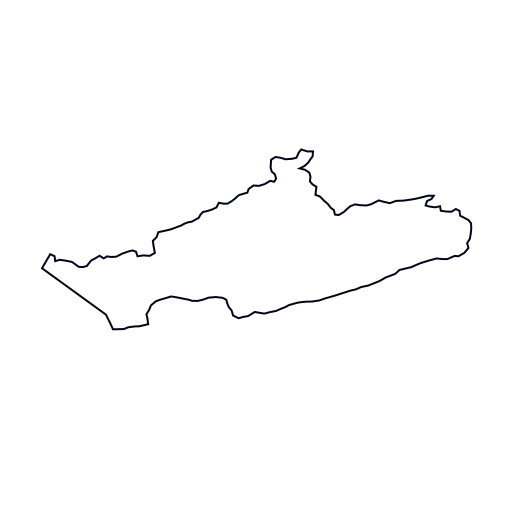 Antonina do Norte, Ceará, Brazil (Mercator projection), rotated 20°
{"feature_id": "56859067B23036701332693", "entity_name": "Antonina do Norte", "entity_type": "district", "adm_level": 2, "iso_a3": "BRA", "parent_name": "Brazil", "parent_adm1": "Ceará", "projection": "mercator", "projection_center": [-39.98, -6.763], "detail": "fine", "context": "isolated", "style": "outline", "palette": "ink", "viewbox_px": 512, "rotation_deg": 20, "n_neighbors": 0, "source": "geoboundaries", "source_scale": "gbopen_adm2", "svg_char_len": 2615}
<svg xmlns="http://www.w3.org/2000/svg" viewBox="0 0 512 512"><g transform="rotate(20 256 256)"><path d="M62.0,324.7L59.1,340.7L135.0,362.4L138.2,365.4L142.6,369.6L146.7,373.8L156.9,369.8L160.4,366.6L166.7,363.4L170.1,362.1L178.0,357.0L175.2,351.6L173.0,348.3L174.0,343.1L174.2,338.3L177.3,332.9L180.6,330.1L187.1,325.3L190.0,323.1L194.8,322.1L202.1,321.0L207.6,320.1L211.3,320.0L216.7,318.1L221.7,314.7L225.6,311.4L232.3,308.3L239.0,306.7L243.1,307.3L245.5,310.7L248.0,313.4L251.6,315.4L254.9,319.8L261.0,320.4L264.7,317.7L269.2,315.1L274.0,309.0L278.1,308.3L283.5,307.3L287.8,304.3L293.7,300.7L296.7,297.8L301.4,293.6L303.7,290.9L307.3,288.3L311.0,285.7L315.0,283.5L318.7,281.8L324.3,279.6L330.7,276.1L335.2,272.4L343.5,266.4L351.3,260.3L356.8,256.1L361.4,253.1L365.3,249.3L371.8,245.2L380.0,237.9L382.7,234.9L385.2,231.8L388.8,228.8L393.0,225.1L395.6,220.0L398.6,218.1L401.6,216.1L405.7,213.4L409.2,210.0L413.0,206.5L418.7,202.1L426.6,196.5L432.1,195.2L436.9,193.4L442.5,188.1L446.4,186.9L450.7,181.8L452.9,175.8L450.0,171.7L451.1,166.7L450.3,162.3L449.0,156.9L446.9,151.7L443.2,149.5L434.0,148.3L431.8,144.0L427.7,143.5L424.6,147.5L419.7,149.1L414.2,150.3L411.9,146.3L407.9,148.9L402.1,150.2L398.1,150.5L397.9,145.9L401.4,142.4L402.4,138.6L397.1,140.5L393.7,142.8L389.4,145.7L386.3,147.7L383.2,149.5L380.0,151.2L375.9,153.4L368.6,156.4L363.7,160.6L357.2,161.4L352.3,161.8L349.0,165.3L346.1,168.3L342.6,170.7L336.2,172.7L331.5,173.6L327.7,176.8L325.6,180.5L323.4,184.7L319.7,189.2L316.0,190.1L313.6,186.3L309.7,185.1L305.6,182.5L301.6,181.0L295.6,178.2L291.0,178.2L290.0,174.4L289.1,170.3L284.7,169.4L281.2,167.5L280.0,162.7L277.5,159.4L272.5,158.2L267.1,158.8L270.8,154.8L273.1,150.5L274.1,146.4L275.1,142.9L273.8,138.2L268.4,140.2L262.1,140.4L260.8,144.2L260.4,149.9L256.3,152.5L250.6,155.0L245.3,155.3L240.5,156.3L237.3,160.3L239.4,167.7L241.9,171.3L245.8,172.8L248.4,176.4L247.7,180.0L243.7,180.5L239.5,185.5L234.8,189.1L229.5,190.6L226.2,195.5L226.2,199.5L223.3,201.5L219.1,204.7L216.4,209.6L214.5,212.7L211.3,216.6L207.7,217.9L202.9,218.7L202.2,223.9L199.1,227.1L195.2,230.2L191.1,232.8L189.7,236.1L189.1,239.8L186.6,242.6L183.8,245.8L180.6,247.6L177.6,250.2L175.1,253.1L172.1,255.6L167.2,259.8L162.8,262.8L159.7,264.7L156.1,267.0L156.1,272.5L153.9,277.0L156.3,281.6L159.9,287.7L156.1,292.2L149.9,294.0L144.7,296.8L141.8,293.0L138.1,293.0L134.5,295.4L129.4,299.6L124.9,304.5L120.0,306.5L116.2,307.3L113.7,310.3L108.9,309.3L105.9,313.0L102.5,316.8L100.5,323.1L97.4,325.5L93.1,326.8L85.1,324.5L78.7,325.5L72.9,326.7L69.1,329.5L66.8,325.1L62.0,324.7Z" fill="none" stroke="#020617" stroke-width="2"/></g></svg>